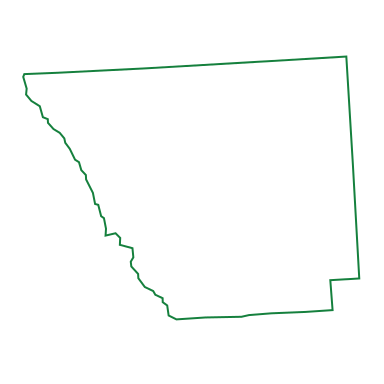 Larimer, Colorado, United States of America (orthographic projection), rotated 357°
{"feature_id": "52423323B69154914244995", "entity_name": "Larimer", "entity_type": "district", "adm_level": 2, "iso_a3": "USA", "parent_name": "United States of America", "parent_adm1": "Colorado", "projection": "orthographic", "projection_center": [-105.711, 40.628], "detail": "fine", "context": "isolated", "style": "outline", "palette": "green", "viewbox_px": 384, "rotation_deg": 357, "n_neighbors": 0, "source": "geoboundaries", "source_scale": "gbopen_adm2", "svg_char_len": 898}
<svg xmlns="http://www.w3.org/2000/svg" viewBox="0 0 384 384"><g transform="rotate(357 192 192)"><path d="M117.2,241.0L129.6,245.0L130.0,254.2L127.2,258.4L127.5,263.2L133.9,271.0L133.9,275.3L139.9,284.4L148.1,288.9L150.0,292.7L157.1,296.5L157.0,300.5L161.3,304.0L162.2,314.1L169.8,318.4L198.9,318.0L234.9,319.2L242.5,317.9L264.9,317.3L299.0,317.7L326.2,317.3L325.5,287.3L339.7,287.2L344.6,287.2L345.2,287.2L354.5,287.1L354.2,202.8L354.1,173.0L353.2,64.8L272.7,65.4L272.2,65.4L266.9,65.4L151.1,66.1L149.7,66.1L64.2,65.9L30.7,65.5L29.5,68.2L32.3,80.1L31.4,86.0L36.4,92.7L44.5,98.4L47.0,109.5L51.8,111.7L51.8,115.4L57.0,121.9L63.0,126.0L67.3,131.8L68.0,136.2L72.2,142.5L76.9,153.6L80.7,156.3L82.6,164.4L86.9,169.5L86.9,173.9L93.0,187.7L94.6,198.9L97.7,199.9L100.0,211.4L102.7,213.5L104.2,224.2L103.4,231.0L113.5,229.2L117.9,234.1L117.2,241.0Z" fill="none" stroke="#15803d" stroke-width="2"/></g></svg>